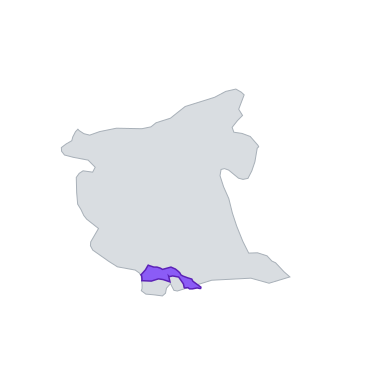 where Kotor sits in Montenegro, rotated 309°
{"feature_id": "MNE-1507", "entity_name": "Kotor", "entity_type": "Municipality", "adm_level": 1, "iso_a3": "MNE", "parent_name": "Montenegro", "parent_adm1": "", "projection": "albers", "projection_center": [18.686, 42.45], "detail": "fine", "context": "in_parent", "style": "filled", "palette": "violet", "viewbox_px": 384, "rotation_deg": 309, "n_neighbors": 0, "source": "natural_earth", "source_scale": "10m", "svg_char_len": 1883}
<svg xmlns="http://www.w3.org/2000/svg" viewBox="0 0 384 384"><g transform="rotate(309 192 192)"><path d="M169.0,63.8L168.7,65.7L169.3,71.3L171.8,76.7L180.8,82.2L194.0,93.1L209.6,113.2L216.8,119.1L223.2,120.5L235.8,128.8L244.5,130.7L254.2,132.9L279.9,150.0L291.4,154.9L299.6,161.3L300.6,167.5L300.3,171.4L285.7,176.2L283.3,183.1L276.1,182.4L267.5,182.5L264.8,186.9L269.0,194.0L271.8,202.3L269.8,213.9L269.1,215.4L267.1,215.1L255.0,221.9L246.0,225.2L237.8,226.9L233.9,223.7L232.0,219.4L232.1,206.7L230.6,202.5L227.8,200.4L222.3,203.5L215.9,213.3L210.0,224.8L201.0,236.7L193.6,248.2L185.6,262.6L180.2,274.5L186.0,281.2L189.6,290.5L188.6,297.5L189.6,301.5L187.9,313.8L187.6,321.5L169.6,309.3L162.1,292.0L135.8,262.8L105.8,242.9L104.2,239.8L105.9,235.9L107.3,232.9L101.1,232.7L96.7,235.1L92.6,234.4L88.0,226.9L83.6,220.4L83.4,214.7L85.4,214.0L88.4,211.7L94.7,205.4L95.9,202.1L95.6,197.0L86.9,181.1L85.7,170.7L84.4,151.4L86.3,146.9L89.5,144.7L104.8,142.3L104.6,127.3L105.6,122.8L108.6,116.5L110.6,110.8L119.0,102.7L130.5,92.9L135.5,92.6L139.9,94.0L144.9,102.3L150.3,101.2L151.4,91.2L144.3,78.0L140.5,69.6L141.6,65.0L144.3,62.5L150.3,64.0L156.2,66.3L159.8,64.7L165.6,63.5L169.0,63.8Z" fill="#d9dde1" stroke="#a8b0b8" stroke-width="1"/><path d="M91.5,208.8L92.7,208.1L95.1,205.7L95.6,204.4L95.8,204.5L102.2,204.8L106.5,204.1L107.6,204.0L107.8,204.8L109.6,209.5L111.7,212.2L112.9,215.3L113.3,217.8L116.1,219.8L120.4,222.9L121.7,227.6L121.7,231.4L121.5,233.4L120.6,235.6L121.0,237.9L122.6,242.7L124.2,246.6L123.2,248.8L123.4,253.6L123.6,258.0L123.7,258.7L123.4,259.0L122.5,259.4L121.8,258.6L120.7,256.4L116.9,253.2L115.2,251.1L115.1,249.0L114.5,248.4L113.5,247.3L112.8,246.8L112.8,246.1L115.2,243.1L117.5,235.2L114.6,229.8L111.9,227.6L112.0,226.7L108.3,231.5L105.8,224.7L103.4,220.6L100.1,218.4L97.2,216.5L93.3,211.2L91.5,208.8Z" fill="#8b5cf6" stroke="#5b21b6" stroke-width="1.5"/></g></svg>